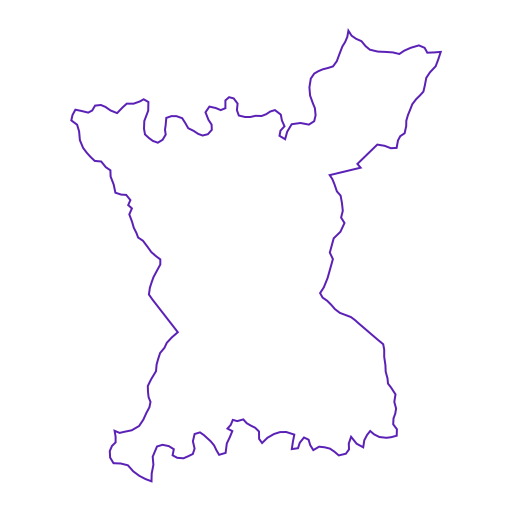 Faxinal dos Guedes, Santa Catarina, Brazil (orthographic projection)
{"feature_id": "56859067B8345863694460", "entity_name": "Faxinal dos Guedes", "entity_type": "district", "adm_level": 2, "iso_a3": "BRA", "parent_name": "Brazil", "parent_adm1": "Santa Catarina", "projection": "orthographic", "projection_center": [-52.248, -26.844], "detail": "fine", "context": "isolated", "style": "outline", "palette": "violet", "viewbox_px": 512, "rotation_deg": 0, "n_neighbors": 0, "source": "geoboundaries", "source_scale": "gbopen_adm2", "svg_char_len": 3707}
<svg xmlns="http://www.w3.org/2000/svg" viewBox="0 0 512 512"><path d="M348.4,30.7L347.3,36.9L345.1,42.1L342.4,46.4L339.8,53.1L336.8,61.2L333.0,66.4L327.9,68.0L322.8,69.3L318.3,71.2L314.2,73.6L310.8,78.6L309.4,87.4L310.1,95.6L312.8,103.1L314.9,108.2L315.6,115.2L314.2,121.2L308.9,124.6L300.5,123.0L291.7,124.2L287.2,131.7L285.1,139.2L279.5,135.8L280.5,130.6L284.5,126.3L281.9,120.4L280.8,114.6L274.9,110.1L270.3,111.5L266.2,114.2L261.6,116.0L255.6,115.8L250.3,117.0L245.0,117.0L238.8,115.5L236.9,110.1L237.6,103.6L233.7,98.4L229.1,97.2L225.4,100.4L225.4,108.2L220.7,110.1L215.7,108.0L209.4,106.6L205.5,112.3L208.5,119.9L211.6,124.6L211.8,129.8L207.9,134.2L202.6,135.5L198.2,133.9L193.7,130.9L188.2,128.2L185.5,123.4L182.2,118.2L176.3,116.1L171.5,116.1L166.3,117.9L165.7,124.7L165.0,129.8L165.7,134.6L162.6,139.8L157.8,142.7L152.8,140.9L148.8,137.9L145.0,134.4L144.0,128.7L144.3,121.0L148.2,110.7L148.4,102.0L143.7,99.3L139.7,101.5L133.5,103.7L126.7,103.7L122.6,107.4L117.1,113.1L110.6,110.5L105.4,106.9L100.9,105.0L95.1,105.6L92.2,110.5L88.2,112.6L81.2,110.9L75.4,109.7L72.5,115.0L71.3,120.4L77.1,124.7L79.1,131.4L79.9,140.2L83.1,147.9L86.8,152.8L90.5,156.9L94.7,160.9L101.2,161.5L105.8,167.2L110.4,170.3L110.6,176.5L113.7,184.6L115.4,192.7L121.2,194.6L126.2,194.9L130.4,200.1L128.2,205.1L131.9,208.4L129.3,214.4L132.1,221.9L133.8,227.8L136.4,232.9L138.1,237.5L143.0,240.8L147.8,247.2L151.3,252.1L155.9,256.1L160.3,259.4L160.3,264.5L157.2,270.2L153.5,277.1L151.8,281.8L149.9,287.7L148.9,294.5L152.4,299.5L177.8,332.2L171.8,337.4L166.8,342.8L164.4,347.9L160.1,353.0L158.0,359.5L156.6,364.6L156.0,371.2L151.1,379.3L147.8,386.0L148.0,391.9L148.6,397.2L150.5,401.9L149.4,407.3L146.4,412.9L143.3,419.7L139.1,426.0L131.7,430.3L124.8,431.7L119.6,432.9L114.6,430.8L115.6,436.7L115.6,442.4L112.0,445.9L109.8,451.0L110.1,457.5L113.5,463.2L120.7,463.5L127.9,465.3L133.2,471.3L139.4,475.9L145.6,479.1L151.5,481.3L151.7,473.5L153.4,464.8L152.7,456.7L157.0,446.5L162.5,444.8L168.8,446.1L173.8,449.2L172.6,455.3L177.2,457.8L183.5,458.3L188.5,456.1L192.8,454.0L194.6,448.6L192.9,441.3L194.6,434.0L200.0,432.4L203.9,435.1L207.3,438.2L210.7,441.3L214.1,445.4L216.4,450.2L219.1,454.8L225.6,452.9L226.8,443.5L229.9,437.0L232.3,431.1L227.5,428.6L230.8,424.8L232.8,419.9L237.3,421.1L243.3,419.4L246.7,423.2L250.8,425.6L255.1,427.7L259.0,431.5L259.1,438.9L262.1,443.0L267.4,437.8L274.0,434.0L280.0,432.1L286.2,432.0L294.3,434.6L292.9,441.8L291.8,449.1L298.0,448.2L299.8,442.7L304.0,437.5L308.6,439.7L310.2,445.1L313.3,450.1L319.1,446.7L324.7,447.3L329.9,448.6L334.2,451.5L338.8,455.4L345.9,453.7L349.0,449.4L348.8,443.5L351.1,436.8L356.6,443.7L363.2,447.3L364.3,440.2L367.1,434.9L370.2,431.0L374.0,434.3L379.3,437.0L386.5,437.8L391.1,437.2L396.7,435.7L396.9,429.2L393.2,424.3L393.5,418.4L395.2,413.8L396.1,408.6L394.3,401.9L395.5,394.4L391.1,387.6L388.0,383.6L387.5,378.4L385.7,371.7L385.4,365.0L384.2,356.8L384.2,349.6L383.2,344.2L377.6,339.6L358.9,323.6L355.0,320.1L351.0,317.1L339.9,312.9L334.9,309.1L331.2,304.8L327.1,300.7L322.6,297.6L320.1,293.1L323.8,287.4L327.6,278.0L332.9,259.1L329.8,252.6L333.7,238.3L340.4,231.8L344.5,223.0L341.1,217.6L342.8,210.8L341.9,202.7L340.6,195.6L336.9,191.4L334.4,184.1L332.3,179.0L329.7,175.1L360.6,167.7L357.4,163.9L377.3,144.6L384.6,145.8L390.8,148.2L396.6,147.9L398.0,140.4L400.3,136.1L404.6,133.3L406.2,126.1L406.3,120.7L407.9,115.2L410.1,109.8L412.3,104.2L416.2,99.1L419.8,95.6L423.4,91.6L424.8,85.6L426.3,77.8L429.9,72.4L435.7,66.2L438.4,59.0L440.7,51.9L434.5,52.4L427.3,52.7L424.6,47.8L418.9,45.4L410.7,47.8L404.2,50.7L399.3,54.0L392.8,52.4L385.1,51.9L377.9,51.6L369.9,49.7L365.6,46.2L361.5,41.2L356.1,38.8L351.6,35.7L348.4,30.7Z" fill="none" stroke="#5b21b6" stroke-width="2"/></svg>